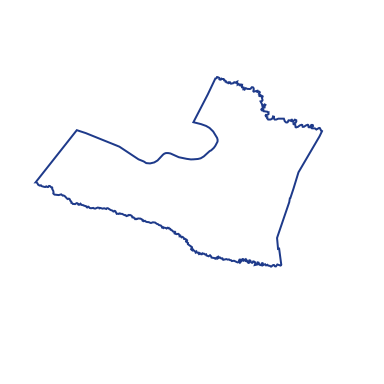 the district of San Roque, Corrientes, Argentina, rotated 250°
{"feature_id": "61730980B67401199188792", "entity_name": "San Roque", "entity_type": "district", "adm_level": 2, "iso_a3": "ARG", "parent_name": "Argentina", "parent_adm1": "Corrientes", "projection": "equal_earth", "projection_center": [-58.642, -28.676], "detail": "fine", "context": "isolated", "style": "outline", "palette": "blue", "viewbox_px": 384, "rotation_deg": 250, "n_neighbors": 0, "source": "geoboundaries", "source_scale": "gbopen_adm2", "svg_char_len": 6081}
<svg xmlns="http://www.w3.org/2000/svg" viewBox="0 0 384 384"><g transform="rotate(250 192 192)"><path d="M254.6,48.4L254.4,49.1L252.8,49.8L251.7,49.8L250.2,50.9L250.0,52.3L249.1,52.5L247.3,55.0L246.8,56.2L247.1,56.5L247.1,57.1L246.0,58.1L245.9,58.5L246.6,59.7L246.3,60.4L244.6,61.3L244.3,62.0L243.6,62.1L243.4,61.8L242.5,61.7L240.3,62.0L238.8,61.7L238.3,61.2L237.6,61.3L236.6,61.9L234.7,65.7L234.5,68.3L232.8,69.3L232.7,70.1L231.7,71.0L228.4,72.4L227.8,72.9L227.9,74.0L227.1,74.6L225.2,74.7L224.3,75.3L223.1,74.9L222.4,75.7L221.6,75.9L220.6,78.0L221.0,79.7L220.8,80.2L219.8,81.0L219.2,80.8L218.6,81.4L219.1,83.1L218.3,83.2L218.2,83.7L217.5,84.0L216.6,85.6L216.0,85.9L215.0,87.5L213.6,87.9L213.3,88.3L213.8,89.3L213.6,89.7L212.0,90.4L211.3,91.5L210.8,93.8L210.0,94.4L209.5,95.4L209.6,98.1L208.8,99.5L208.3,99.5L208.3,100.5L206.9,102.4L206.8,103.8L205.4,105.6L205.8,106.1L205.6,107.3L202.9,109.4L201.6,111.0L200.6,111.4L200.4,111.8L200.7,112.9L200.2,113.4L197.2,113.8L197.0,114.8L196.4,115.7L196.7,116.2L196.6,116.9L195.8,117.6L195.4,118.8L193.3,120.7L193.0,121.7L191.8,122.1L191.7,123.3L192.1,124.3L191.7,124.6L191.7,125.8L190.3,127.2L188.5,127.3L188.2,128.4L185.9,129.3L185.8,129.8L186.0,130.2L185.5,130.5L185.4,131.4L185.6,132.2L184.6,134.5L182.6,136.2L182.3,136.3L181.9,135.8L181.2,136.3L181.0,137.9L180.3,138.2L179.2,139.4L178.5,141.0L177.1,142.5L176.9,143.1L176.9,144.9L175.9,146.9L174.2,148.0L173.2,149.2L172.3,149.6L171.2,151.2L169.9,151.8L169.0,151.7L168.9,152.5L168.3,152.4L167.9,152.7L168.2,153.4L167.1,155.1L166.4,155.6L166.8,156.7L166.1,157.3L166.2,157.9L165.4,158.1L164.8,159.0L163.8,159.0L163.1,159.9L161.2,160.8L160.5,162.2L159.7,161.7L159.5,162.2L158.8,161.7L157.7,163.0L157.4,164.8L157.1,165.1L156.3,165.1L155.3,166.0L154.5,165.3L154.0,166.3L153.0,166.7L153.2,167.5L152.9,167.9L151.2,168.7L150.6,168.5L150.4,168.8L150.5,169.3L149.0,170.6L148.4,170.8L147.9,169.5L147.5,169.4L147.0,169.8L146.9,170.3L145.7,170.4L145.4,170.8L144.3,170.3L140.2,173.1L139.7,173.0L139.3,172.2L138.8,172.1L138.5,171.6L138.0,171.8L138.4,172.4L138.3,172.8L137.7,173.3L136.7,172.9L136.5,173.7L134.9,174.7L134.0,174.7L134.5,175.8L133.5,175.8L132.9,176.9L132.1,177.1L132.5,177.8L132.1,178.1L131.2,177.8L131.2,179.2L130.3,179.4L130.1,179.9L130.6,181.0L130.2,181.1L129.9,182.2L128.7,183.0L128.6,184.0L127.4,183.9L125.9,185.7L126.4,187.3L125.0,187.9L123.7,187.9L121.9,191.1L121.3,191.1L121.2,191.6L121.9,192.5L122.3,194.6L121.8,194.8L120.9,194.1L121.1,195.4L120.9,195.9L120.3,196.0L119.5,196.8L119.5,197.6L119.0,198.0L118.1,197.8L117.6,198.2L117.2,201.3L116.2,202.5L116.0,203.7L115.0,204.4L114.5,205.4L113.5,205.8L113.0,208.0L110.3,210.7L110.0,212.4L109.1,212.8L109.4,213.4L111.0,213.5L111.0,213.0L111.4,212.7L112.2,213.5L112.1,214.1L111.7,214.4L111.1,214.3L110.2,214.8L110.4,215.3L111.4,215.6L111.7,216.6L111.2,217.4L110.7,217.5L110.0,216.7L109.7,217.0L110.5,219.6L109.3,220.0L109.2,218.8L108.7,218.9L108.2,220.0L106.6,220.4L106.0,220.9L106.0,221.4L108.1,222.3L108.1,222.9L107.5,223.4L106.0,223.4L105.2,223.8L104.8,224.5L105.0,225.0L105.8,225.6L105.7,226.2L105.2,226.7L104.5,226.9L104.3,227.3L103.5,227.3L101.9,226.0L101.5,229.0L102.2,228.9L103.4,229.6L102.9,230.4L101.0,230.5L100.0,231.1L99.8,231.6L100.0,232.1L101.1,233.2L101.0,234.0L100.2,234.1L99.3,232.6L98.9,232.8L99.1,236.0L97.7,236.5L97.8,238.0L96.8,238.4L95.9,240.0L95.1,240.4L94.8,241.1L95.5,242.7L95.5,243.7L95.3,244.1L94.0,244.4L93.6,244.8L93.4,245.4L94.7,247.4L92.6,250.0L92.7,250.6L93.1,251.0L109.0,254.5L109.1,253.4L119.7,256.2L121.5,257.6L149.2,279.9L152.6,281.8L152.6,282.3L160.3,288.4L174.1,298.8L200.7,330.9L205.3,335.6L205.1,335.0L205.5,334.3L208.3,334.0L208.7,333.4L208.2,330.2L209.5,329.5L210.0,328.7L210.8,326.5L212.5,325.6L212.6,328.3L213.5,328.4L213.9,328.0L214.2,327.1L212.6,324.7L212.9,323.9L213.3,323.7L215.2,324.1L215.6,323.8L215.6,322.0L215.0,319.5L215.2,318.8L215.4,318.3L217.3,318.5L217.7,317.9L217.7,316.0L217.0,313.9L217.1,311.9L217.6,311.5L219.7,312.0L220.4,311.7L220.8,310.8L221.2,310.6L221.7,310.8L221.6,313.0L222.7,314.2L223.8,314.5L224.8,313.4L223.9,311.6L223.7,310.8L224.4,310.0L224.9,310.1L225.3,310.7L225.8,310.6L225.9,310.0L225.2,309.0L226.3,307.6L226.2,307.0L225.1,306.1L224.8,305.5L225.1,304.3L226.7,303.4L229.5,303.4L231.4,298.2L231.3,296.0L231.8,294.5L232.9,294.1L234.7,294.8L235.3,294.0L233.6,292.7L233.3,291.6L233.3,290.4L234.0,288.4L235.6,287.8L236.5,288.4L237.7,287.3L238.7,287.3L239.2,287.8L238.7,289.4L239.1,290.6L240.8,291.2L241.0,290.5L241.7,290.2L243.4,287.0L244.8,287.2L245.3,286.8L244.6,286.4L244.6,285.8L245.7,285.3L246.3,285.9L246.7,287.2L246.6,289.1L247.7,289.5L248.7,290.8L249.5,290.2L249.2,289.4L248.0,288.7L247.9,288.1L248.3,287.5L250.8,287.8L253.7,287.4L253.6,289.0L254.2,289.7L257.3,290.0L257.2,290.7L257.7,291.1L258.6,290.4L258.9,288.5L259.4,288.1L259.7,288.4L259.6,289.2L259.9,289.4L261.3,288.4L262.5,289.8L263.1,289.7L263.9,288.8L263.6,287.8L263.8,287.5L264.8,287.9L265.2,284.3L265.7,284.1L267.5,285.2L268.5,285.4L269.6,285.0L270.0,284.0L269.0,282.4L269.0,281.6L270.0,279.2L271.2,278.0L271.3,277.4L270.3,276.7L270.2,276.2L270.5,276.0L271.2,276.6L271.2,275.5L272.6,276.1L273.3,274.8L274.5,275.3L275.1,274.5L275.1,275.4L275.6,275.7L275.9,274.9L276.3,274.8L276.6,273.5L277.7,272.6L277.4,271.6L278.5,272.0L279.1,271.3L280.2,272.1L280.0,269.8L280.7,269.2L280.1,267.6L280.5,266.3L280.4,265.7L281.2,265.1L282.1,265.2L282.5,264.2L281.8,263.8L281.8,263.3L282.6,263.0L283.2,261.9L284.0,261.8L284.2,261.3L285.0,261.5L285.9,260.4L286.6,260.7L287.4,260.3L287.8,259.1L288.4,258.5L287.8,257.8L287.9,256.9L288.2,256.6L288.4,257.1L289.1,256.6L289.8,256.7L291.2,255.4L291.4,254.8L290.8,254.5L290.5,253.6L290.7,252.8L278.3,240.2L257.1,217.2L252.7,223.7L249.3,227.8L246.2,230.4L241.6,232.6L234.2,234.1L232.2,233.9L230.6,233.2L227.4,229.7L226.0,227.6L224.6,224.3L224.4,222.6L221.4,215.3L220.7,211.7L221.0,208.9L222.3,204.2L223.1,201.9L225.0,198.3L229.2,191.5L235.6,184.9L236.8,182.8L237.5,180.8L237.5,179.1L237.0,177.5L233.4,170.4L232.7,166.6L233.2,162.4L234.8,158.9L237.2,157.1L241.0,152.9L259.4,139.3L283.7,112.3L289.5,104.9L254.6,48.4Z" fill="none" stroke="#1e3a8a" stroke-width="2"/></g></svg>